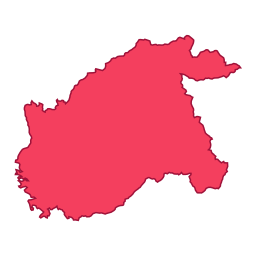 Itapetininga, São Paulo, Brazil (Albers equal-area conic projection)
{"feature_id": "56859067B64120734896846", "entity_name": "Itapetininga", "entity_type": "district", "adm_level": 2, "iso_a3": "BRA", "parent_name": "Brazil", "parent_adm1": "São Paulo", "projection": "albers", "projection_center": [-48.114, -23.635], "detail": "fine", "context": "isolated", "style": "filled", "palette": "rose", "viewbox_px": 256, "rotation_deg": 0, "n_neighbors": 0, "source": "geoboundaries", "source_scale": "gbopen_adm2", "svg_char_len": 5750}
<svg xmlns="http://www.w3.org/2000/svg" viewBox="0 0 256 256"><path d="M240.6,67.8L239.1,65.8L237.8,65.2L236.4,64.1L233.7,63.5L231.5,64.5L229.9,64.6L228.3,65.2L225.5,65.5L225.7,62.3L224.3,62.4L224.1,59.3L223.6,57.8L220.0,55.2L218.3,52.8L217.3,51.0L216.1,50.5L214.6,50.7L213.4,51.7L210.1,52.4L207.8,49.9L206.1,49.8L204.8,50.7L203.8,51.3L200.4,52.3L199.2,54.5L197.2,57.0L196.0,57.2L194.1,57.0L192.4,57.3L192.2,56.1L191.3,55.2L190.8,54.1L190.5,52.5L189.4,50.5L190.8,49.1L191.6,46.8L192.5,45.1L193.3,43.1L193.6,41.7L193.7,40.1L192.4,38.8L188.8,35.9L186.9,35.6L185.6,36.4L184.4,37.6L184.5,39.0L179.9,37.3L178.4,37.9L176.3,40.7L174.6,41.1L173.2,41.1L170.4,42.6L169.1,44.0L167.7,44.5L164.8,44.1L163.2,45.0L161.7,45.1L158.7,44.9L157.5,45.3L156.0,44.4L154.2,44.6L152.4,45.1L150.8,44.6L149.8,41.0L148.2,40.4L144.8,39.3L143.8,40.0L140.6,39.6L139.1,39.7L137.4,42.3L136.2,43.5L136.1,45.4L135.0,47.2L133.2,48.4L132.1,49.4L129.4,50.9L127.8,52.6L125.5,52.9L124.7,53.8L124.5,55.1L123.6,56.0L119.4,56.2L117.5,56.6L115.3,58.3L113.7,58.0L111.5,59.0L110.7,60.7L109.1,62.1L107.9,62.8L105.6,63.6L105.7,66.2L105.0,68.5L102.5,70.5L95.8,68.8L95.3,70.0L95.9,71.0L95.4,72.2L93.3,72.8L89.7,72.9L87.6,73.2L87.4,75.2L85.1,78.0L82.8,79.5L81.1,79.9L79.4,81.0L78.1,84.1L76.9,85.3L75.6,85.3L74.6,86.0L73.9,88.4L73.0,89.6L72.0,90.4L71.2,91.4L71.1,92.8L70.1,95.4L69.9,97.0L69.0,100.0L67.7,101.7L65.5,103.7L65.0,102.0L63.5,101.9L63.5,100.6L62.0,100.3L60.7,101.2L57.9,100.9L57.4,99.5L56.5,100.3L56.7,101.7L57.7,103.3L58.0,105.3L56.4,105.7L55.3,107.4L55.7,108.7L54.5,109.6L51.9,109.5L50.9,109.0L49.1,108.7L47.7,108.8L47.0,109.8L45.3,110.7L45.1,112.1L43.9,111.6L42.4,110.4L42.8,108.7L42.4,107.4L42.8,104.7L41.9,104.0L39.3,103.0L39.3,104.9L38.2,106.0L36.7,106.2L36.5,104.7L34.7,103.3L33.4,102.8L31.9,100.9L31.0,102.7L31.3,104.6L29.4,104.9L27.9,104.4L26.8,104.6L25.2,105.4L24.4,107.8L24.4,109.5L25.0,111.2L25.3,115.8L26.5,117.6L26.4,119.5L28.0,122.7L27.9,125.1L28.9,126.6L29.3,129.0L29.2,132.5L29.8,134.1L31.4,136.6L31.7,138.3L31.0,139.2L30.7,140.7L30.8,142.9L27.8,147.5L24.0,148.6L22.4,149.4L20.2,152.4L18.5,155.4L17.9,157.1L18.0,158.4L17.3,159.7L15.7,160.2L15.4,162.2L18.9,163.1L19.9,164.4L19.3,167.4L19.6,168.6L20.3,170.0L22.2,171.6L20.1,172.3L19.2,170.9L18.0,170.2L16.0,169.7L17.1,173.2L15.7,173.3L15.4,174.5L17.7,174.5L20.2,175.4L21.6,176.3L20.4,176.8L18.7,176.9L17.9,177.8L18.8,179.1L20.7,178.1L22.2,178.1L23.8,179.0L24.0,180.2L22.5,181.2L20.6,181.3L19.3,180.1L18.3,180.7L19.5,181.6L21.3,184.0L20.5,185.7L18.7,186.1L19.2,187.1L20.7,187.9L22.6,187.1L25.7,186.4L27.2,187.5L24.4,190.1L25.2,191.9L29.1,193.8L30.2,194.7L31.2,197.3L34.0,197.1L35.5,198.3L31.1,199.8L28.8,200.0L28.0,201.1L29.5,203.9L30.8,209.4L31.7,210.3L33.2,209.9L33.4,208.2L31.7,207.2L32.7,205.2L34.0,205.2L35.9,205.8L36.6,207.6L37.4,208.6L38.5,208.1L39.7,208.6L43.7,212.0L42.7,213.3L41.2,214.5L40.1,215.8L39.6,217.0L40.8,217.9L43.3,216.3L45.0,216.4L46.0,217.5L47.3,217.9L47.5,215.7L48.9,215.9L49.6,214.6L50.0,213.4L49.2,211.9L49.1,210.6L47.6,209.1L49.5,208.0L50.4,209.5L52.0,209.6L53.1,208.6L55.7,207.3L56.9,206.2L57.5,208.2L58.3,209.5L59.5,208.7L60.7,209.5L62.2,209.8L63.1,211.3L64.5,212.5L64.3,214.3L65.0,215.5L67.4,218.6L68.9,218.3L68.9,216.7L71.6,217.4L73.1,218.8L73.5,220.0L75.5,219.9L78.3,220.4L79.2,217.7L81.0,216.8L82.0,215.8L83.9,216.3L85.5,215.8L86.7,216.8L89.3,216.7L91.0,215.9L93.0,213.6L95.9,212.6L99.6,213.1L101.6,212.9L105.2,214.0L106.7,213.4L111.1,212.2L113.9,210.5L115.1,209.3L115.4,207.9L116.6,207.0L118.6,206.0L120.6,205.5L122.4,205.4L123.4,205.0L123.8,203.8L123.7,202.5L125.1,201.2L125.1,199.3L126.7,198.7L128.2,198.4L129.0,197.2L130.6,196.2L132.7,194.2L134.0,192.2L135.4,190.8L138.2,188.8L139.0,188.0L140.2,187.3L141.4,185.5L144.6,181.9L145.2,180.6L145.5,179.1L148.2,177.6L149.3,177.6L151.1,178.6L152.4,179.0L153.9,178.6L155.3,179.4L156.0,181.1L157.6,182.1L158.7,181.2L159.9,180.7L161.7,179.4L163.2,177.5L163.9,176.0L163.9,174.7L164.3,173.5L165.8,173.2L167.3,173.8L169.2,172.4L170.5,172.9L172.3,172.9L174.1,173.9L176.4,174.1L177.8,173.9L178.7,174.8L180.6,173.6L181.4,172.5L183.1,174.4L185.7,174.4L187.5,174.1L189.4,173.3L191.0,173.4L190.9,174.7L189.1,176.6L190.5,180.0L190.1,181.8L191.2,182.9L192.9,186.1L194.4,187.0L195.1,188.5L195.4,190.0L196.2,191.3L197.3,192.8L201.6,192.9L203.4,191.8L205.0,190.4L206.1,188.4L208.3,187.4L210.4,187.3L212.2,187.7L215.2,188.7L217.1,188.2L218.3,188.7L219.6,187.2L220.4,186.0L220.5,184.5L221.5,182.0L221.8,180.6L222.6,179.2L222.8,177.6L223.6,175.5L225.0,174.6L225.3,173.2L227.3,171.5L226.4,169.8L227.7,166.4L227.5,162.9L224.3,162.8L223.7,161.5L221.3,162.8L218.6,160.4L217.8,159.4L216.5,159.1L215.4,159.4L215.1,157.8L215.8,156.3L214.4,155.3L213.6,154.2L212.4,153.5L211.5,152.1L211.1,150.4L208.5,149.8L209.8,148.5L210.4,147.1L210.7,145.5L210.7,144.1L209.9,141.4L210.7,139.6L212.2,139.1L211.6,137.9L210.3,137.5L209.7,136.5L206.7,134.3L205.4,133.0L204.3,129.9L203.8,127.9L202.9,125.3L201.5,124.1L199.3,122.3L199.6,120.8L200.5,117.3L198.5,116.7L197.0,116.5L194.4,117.6L193.5,115.8L193.7,114.0L193.2,111.9L193.6,110.2L193.5,108.9L191.8,105.5L191.1,103.5L191.3,100.9L192.8,97.3L191.8,96.9L189.9,95.5L188.6,95.3L186.0,94.7L184.7,93.7L186.4,91.5L185.9,90.1L182.1,87.4L182.7,86.1L182.4,84.8L181.1,83.6L180.8,81.8L181.9,80.3L182.3,78.5L181.8,77.3L181.9,75.5L180.5,73.8L182.2,74.0L184.6,74.7L188.3,76.9L189.2,78.1L191.9,78.2L194.0,78.8L195.7,80.4L197.4,80.8L199.4,80.0L200.9,79.7L203.3,79.9L204.4,79.3L205.4,78.2L207.1,78.4L208.7,78.0L210.0,78.6L212.1,79.0L213.3,78.3L214.4,78.0L218.1,77.8L222.1,76.5L223.6,75.8L225.4,76.8L226.2,77.6L228.5,75.7L230.3,72.6L231.8,72.3L233.1,72.6L234.2,72.2L235.1,71.3L235.3,69.7L237.2,69.3L238.9,67.9L240.6,67.8ZM23.8,179.0L25.1,178.1L26.9,179.0L28.3,180.7L26.6,180.7L25.1,179.2L23.8,179.0Z" fill="#f43f5e" stroke="#9f1239" stroke-width="1.5"/></svg>